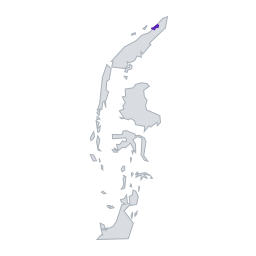 Aceh Selatan, Aceh, Indonesia (highlighted), rotated 91°
{"feature_id": "22746128B12428400263117", "entity_name": "Aceh Selatan", "entity_type": "district", "adm_level": 2, "iso_a3": "IDN", "parent_name": "Indonesia", "parent_adm1": "Aceh", "projection": "albers", "projection_center": [97.405, 3.07], "detail": "fine", "context": "in_parent", "style": "filled", "palette": "violet", "viewbox_px": 256, "rotation_deg": 91, "n_neighbors": 0, "source": "geoboundaries", "source_scale": "gbopen_adm2", "svg_char_len": 4894}
<svg xmlns="http://www.w3.org/2000/svg" viewBox="0 0 256 256"><g transform="rotate(91 128 128)"><path d="M85.8,107.4L90.1,113.0L96.5,112.2L99.7,109.5L105.2,110.9L109.5,109.8L115.0,96.4L121.9,95.6L125.2,98.7L121.7,99.1L126.7,105.3L125.4,106.8L131.3,111.7L126.1,111.3L124.6,120.3L120.6,121.7L118.4,125.4L119.8,127.8L118.4,131.8L110.9,137.0L109.1,132.5L106.0,133.6L102.7,131.2L97.0,134.2L96.2,131.0L89.1,131.5L87.7,123.3L84.2,121.1L82.6,115.5L83.2,110.0L85.8,107.4ZM16.0,90.5L27.2,92.3L41.6,106.9L43.4,108.1L44.2,106.6L53.9,114.7L51.5,116.4L57.0,116.0L55.9,120.2L60.4,122.5L62.8,127.5L61.8,130.0L65.4,128.9L68.6,132.4L67.3,145.4L61.9,144.1L61.7,145.9L46.9,132.8L40.6,121.5L35.0,115.8L32.3,108.5L17.7,94.9L16.0,90.5ZM238.7,125.8L240.0,157.0L235.1,152.8L235.6,151.5L229.6,153.2L230.5,150.1L228.7,148.6L229.3,148.3L230.3,148.4L230.8,148.2L228.0,147.1L229.2,146.7L226.5,141.1L221.2,137.8L204.8,132.9L204.1,129.3L202.1,133.4L199.7,134.3L198.8,130.6L194.9,128.3L203.3,127.2L204.3,124.7L196.5,125.6L194.5,122.4L190.0,121.9L191.1,119.1L196.6,116.5L204.3,118.1L205.7,125.6L211.0,130.6L223.1,121.0L238.7,125.8ZM160.0,111.0L154.5,114.5L139.1,113.8L137.2,115.1L136.7,119.1L139.7,122.9L144.1,120.2L153.1,119.8L143.1,125.3L147.8,130.2L147.7,133.6L150.8,137.3L144.6,139.2L144.6,136.0L141.0,133.3L141.7,129.6L139.8,129.2L137.9,130.6L139.0,143.3L134.7,143.5L134.9,135.9L134.1,133.4L131.2,132.9L130.7,129.7L134.0,120.8L135.7,120.6L135.0,116.8L137.5,111.6L141.4,109.8L155.3,111.8L160.9,107.6L160.0,111.0ZM68.9,145.9L79.9,147.6L81.7,150.0L90.2,150.6L92.2,148.1L100.5,150.4L102.9,153.8L109.8,154.4L109.7,157.3L110.7,159.0L104.1,156.8L78.0,154.5L64.9,150.3L68.9,145.9ZM173.8,111.3L178.3,107.7L176.4,111.8L179.5,114.2L174.6,114.0L177.4,119.7L173.7,116.6L172.3,110.0L175.1,104.7L173.8,111.3ZM176.6,129.2L188.1,130.2L189.4,133.6L184.6,131.2L178.2,132.0L176.3,130.7L175.2,132.3L176.6,129.2ZM150.8,157.5L142.3,159.2L136.3,158.2L140.2,155.9L148.6,157.6L151.4,155.0L150.8,157.5ZM126.2,155.8L131.9,156.4L132.9,158.1L121.5,160.0L123.3,156.9L127.3,158.5L128.6,157.9L126.2,155.8ZM161.3,158.8L161.6,162.2L155.2,165.4L155.5,162.1L161.3,158.8ZM68.6,125.4L70.2,129.3L72.4,129.8L71.7,132.2L68.4,131.0L67.3,127.9L64.2,127.3L65.7,125.0L68.6,125.4ZM227.9,153.5L223.6,154.2L225.5,150.2L228.9,149.2L230.0,150.6L227.9,153.5ZM137.3,161.4L140.0,163.0L141.3,164.8L138.6,165.5L132.2,162.2L137.3,161.4ZM170.1,130.5L171.9,133.1L169.3,134.1L166.2,132.2L166.3,130.7L170.1,130.5ZM110.1,156.2L116.1,157.2L113.4,159.4L110.1,156.2ZM119.5,156.2L120.5,159.4L116.9,159.0L119.5,156.2ZM79.2,130.3L76.3,132.8L76.5,129.7L79.2,130.3ZM208.0,140.6L208.9,144.7L207.5,144.9L206.3,142.0L208.0,140.6ZM108.1,150.4L103.4,151.8L101.5,151.1L108.1,150.4ZM152.3,138.0L152.4,141.8L149.8,143.4L150.7,138.4L152.3,138.0ZM24.9,110.6L29.1,112.8L28.5,114.8L24.9,110.6ZM35.1,126.1L33.4,125.3L32.7,122.2L34.0,122.1L35.1,126.1ZM192.6,153.4L191.6,151.9L194.0,149.1L194.0,151.6L192.6,153.4ZM186.7,115.4L191.5,116.3L186.1,116.1L186.7,115.4ZM158.0,123.9L162.4,124.8L157.6,124.9L158.0,123.9ZM150.3,139.9L148.0,141.8L150.0,138.4L150.3,139.9ZM211.2,117.4L213.7,117.7L216.1,119.4L213.8,119.9L211.2,117.4ZM170.4,152.5L168.8,153.9L165.5,154.1L166.3,152.6L170.4,152.5ZM208.0,145.4L207.0,147.4L205.9,147.4L205.9,144.3L208.0,145.4ZM176.2,123.4L173.3,123.8L172.5,123.2L173.7,121.9L176.2,123.4ZM211.8,121.9L215.3,122.1L218.7,122.7L215.5,123.3L211.8,121.9ZM150.6,121.8L153.6,123.0L150.6,123.7L150.6,121.8ZM177.9,104.5L175.9,104.2L177.8,102.7L177.9,104.5ZM158.6,156.3L161.9,155.1L162.3,155.8L158.6,156.3ZM186.9,123.2L186.4,125.0L183.9,124.2L185.1,123.6L186.9,123.2ZM118.8,134.9L117.5,136.1L118.5,132.4L118.8,134.9ZM173.1,117.0L174.7,119.3L174.2,119.7L171.9,117.9L173.1,117.0Z" fill="#d9dde1" stroke="#a8b0b8" stroke-width="1"/><path d="M24.3,100.2L24.4,100.3L24.5,100.3L24.6,100.5L24.8,100.6L24.8,100.8L24.9,101.0L25.0,101.0L25.1,101.3L25.1,101.2L25.2,101.3L25.2,101.5L25.3,101.5L25.4,101.8L25.4,101.7L25.5,101.7L25.5,101.8L25.8,101.9L25.8,102.0L26.0,102.3L25.9,102.3L26.0,102.3L26.1,102.5L26.2,102.8L26.4,103.0L26.5,103.2L26.6,103.3L26.8,103.4L27.0,103.4L27.0,103.5L27.0,103.4L27.0,103.5L27.3,103.5L27.5,103.7L27.5,103.8L27.6,104.2L27.7,104.3L27.7,104.5L27.7,105.0L27.7,105.3L27.7,105.5L27.8,105.8L28.0,105.9L28.2,105.7L28.3,105.5L28.4,105.4L28.4,105.2L28.5,105.0L28.6,104.7L28.4,104.4L28.3,104.1L28.4,103.9L28.6,103.8L28.7,103.7L28.8,103.5L28.9,103.4L29.0,103.4L29.0,103.2L28.9,103.2L28.5,103.1L28.4,103.1L28.3,103.3L28.2,103.3L27.9,103.3L27.9,103.2L27.7,103.2L27.6,102.9L27.6,102.7L27.5,102.4L27.4,102.4L27.2,102.3L27.2,102.2L26.9,102.0L26.9,101.9L26.8,101.7L26.9,101.4L26.8,101.2L26.7,101.0L26.6,100.9L26.6,100.6L26.7,100.4L26.8,100.4L26.9,100.2L26.8,99.9L26.7,99.9L26.6,100.0L26.5,99.9L26.4,99.9L26.2,100.0L26.0,99.9L25.9,99.9L25.7,99.7L25.4,99.4L25.2,99.4L25.2,99.5L25.0,99.8L24.9,99.9L24.8,100.0L24.7,100.0L24.4,100.0L24.3,100.2Z" fill="#8b5cf6" stroke="#5b21b6" stroke-width="1.5"/></g></svg>